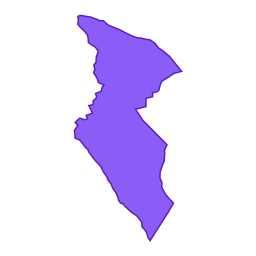 the district of Itaguajé, Paraná, Brazil
{"feature_id": "56859067B84192248470394", "entity_name": "Itaguajé", "entity_type": "district", "adm_level": 2, "iso_a3": "BRA", "parent_name": "Brazil", "parent_adm1": "Paraná", "projection": "albers", "projection_center": [-51.978, -22.666], "detail": "fine", "context": "isolated", "style": "filled", "palette": "violet", "viewbox_px": 256, "rotation_deg": 0, "n_neighbors": 0, "source": "geoboundaries", "source_scale": "gbopen_adm2", "svg_char_len": 1422}
<svg xmlns="http://www.w3.org/2000/svg" viewBox="0 0 256 256"><path d="M77.9,16.3L78.4,20.3L77.8,24.3L80.2,27.2L83.9,30.6L87.3,34.7L88.2,38.4L88.3,42.3L90.3,44.1L95.2,47.0L98.4,51.4L96.3,56.9L96.1,62.1L93.9,65.0L94.8,69.6L93.6,72.7L96.3,76.8L97.5,79.3L98.4,82.6L100.7,83.5L103.9,85.0L102.0,87.7L101.1,91.3L95.5,93.5L96.8,97.4L93.1,101.0L93.4,104.1L91.2,105.2L88.8,105.5L92.5,113.2L86.2,115.4L87.4,118.9L85.1,119.8L79.6,118.1L75.2,122.5L77.8,125.7L74.4,130.3L75.0,134.9L75.1,138.2L79.5,139.9L81.4,142.0L85.5,147.5L87.6,149.2L88.8,151.9L92.5,157.1L96.2,161.7L98.0,163.4L101.0,166.8L102.5,170.3L104.4,173.4L106.9,177.0L108.0,180.1L110.8,183.6L113.1,188.8L115.9,192.6L117.6,196.4L118.7,200.5L120.4,203.0L123.3,204.1L125.0,206.3L128.5,209.5L131.6,212.4L136.7,215.8L141.7,222.1L142.0,226.7L144.2,229.2L146.6,232.5L147.9,237.2L150.1,240.6L168.7,211.4L173.5,203.1L170.0,199.6L165.4,194.2L161.7,187.2L161.9,182.3L159.9,178.0L160.2,171.9L162.1,166.1L164.2,161.1L164.7,154.0L164.5,150.4L167.0,144.7L142.8,120.3L135.5,109.2L146.0,106.6L146.0,98.3L152.6,96.7L152.6,92.9L156.6,91.8L158.7,90.6L160.5,84.1L161.9,81.2L167.0,78.0L174.2,73.2L176.7,72.7L181.6,71.3L175.9,64.3L169.9,56.8L166.6,54.0L162.5,50.5L158.3,47.8L155.4,43.7L150.4,40.0L145.0,39.1L140.9,38.1L138.1,37.9L133.6,36.6L126.7,33.4L120.3,30.0L108.7,25.3L106.5,23.6L103.5,20.8L100.2,20.7L91.2,17.2L80.6,15.4L77.9,16.3Z" fill="#8b5cf6" stroke="#5b21b6" stroke-width="1.5"/></svg>